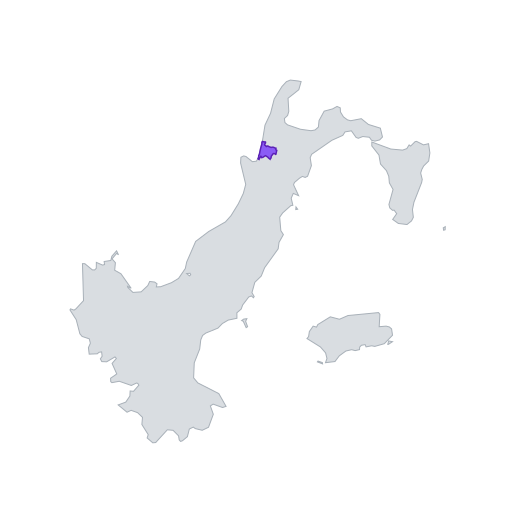 where Barletta-Andria Trani sits in Italy, rotated 257°
{"feature_id": "ITA-5405", "entity_name": "Barletta-Andria Trani", "entity_type": "Province", "adm_level": 1, "iso_a3": "ITA", "parent_name": "Italy", "parent_adm1": "", "projection": "mercator", "projection_center": [16.158, 41.179], "detail": "fine", "context": "in_parent", "style": "filled", "palette": "violet", "viewbox_px": 512, "rotation_deg": 257, "n_neighbors": 0, "source": "natural_earth", "source_scale": "10m", "svg_char_len": 4839}
<svg xmlns="http://www.w3.org/2000/svg" viewBox="0 0 512 512"><g transform="rotate(257 256 256)"><path d="M103.2,109.0L106.2,110.8L117.5,106.9L124.3,109.1L130.0,105.4L133.7,99.6L132.8,95.2L141.9,88.2L142.9,96.2L147.9,101.6L152.8,103.0L151.7,106.2L156.5,112.8L158.5,112.1L159.1,111.0L157.9,105.4L164.7,94.6L165.0,87.1L166.2,86.2L169.6,86.8L172.4,93.8L183.7,91.6L187.6,96.9L189.4,95.9L186.5,86.7L187.8,82.0L190.8,81.2L192.9,83.5L197.3,84.0L197.5,81.3L196.4,79.4L197.9,71.4L204.4,72.1L208.3,75.0L212.8,74.9L216.7,68.5L219.8,66.9L234.4,66.5L245.3,62.6L246.2,63.4L244.2,66.5L244.9,68.5L251.3,77.9L287.6,85.2L287.0,87.5L279.3,93.4L278.7,95.6L279.9,97.6L285.7,99.0L281.7,104.4L281.7,106.5L284.8,106.8L284.3,113.5L288.2,115.5L292.4,121.3L288.1,122.3L289.9,120.8L285.6,115.1L281.1,117.5L273.9,115.1L269.1,120.4L252.6,127.1L255.4,124.0L254.2,124.0L248.2,127.9L246.9,136.0L251.5,143.9L255.1,146.7L253.4,151.4L251.2,153.3L248.3,151.9L247.5,156.2L249.0,167.6L251.6,175.5L259.7,184.3L265.7,187.1L283.8,200.5L290.5,215.4L296.1,233.9L300.9,240.7L310.8,250.5L319.8,257.7L328.1,262.1L350.1,261.9L355.6,263.5L356.3,266.5L355.2,268.6L348.7,273.7L348.3,277.7L351.4,280.5L366.3,288.0L381.5,294.2L391.8,302.3L405.0,309.1L415.3,319.4L419.0,324.8L419.7,329.0L417.1,336.3L415.8,339.2L408.4,335.1L402.5,322.7L389.6,320.5L385.8,318.4L383.6,314.6L379.5,314.2L376.7,316.2L369.5,327.8L365.7,337.8L365.5,341.9L367.6,345.8L373.8,347.9L381.8,355.0L382.1,363.7L383.5,368.6L381.4,371.4L377.3,370.7L371.9,372.5L368.1,375.7L366.5,378.7L366.1,389.5L358.9,395.1L352.6,405.9L343.5,406.0L341.3,402.6L341.2,397.7L342.8,394.6L346.2,393.2L348.4,386.9L347.7,382.2L349.0,380.2L356.5,377.1L356.9,370.7L354.0,367.7L351.7,356.0L342.6,333.1L339.6,330.9L331.6,330.3L322.1,324.2L321.5,321.6L323.1,319.1L322.0,315.8L319.0,310.0L317.0,308.6L305.2,311.1L308.6,306.4L304.4,303.3L297.1,303.3L297.2,301.2L292.0,291.7L288.5,287.8L275.1,285.9L270.7,287.5L264.1,281.5L258.0,279.2L242.7,261.8L235.3,256.6L230.6,248.9L221.2,243.8L216.9,245.1L215.9,244.1L218.1,242.6L217.7,239.7L211.3,232.0L207.6,229.6L205.0,224.6L199.6,223.4L199.8,214.5L197.8,208.1L194.3,202.7L192.2,189.8L190.6,186.1L186.7,183.3L178.0,180.2L165.8,171.8L151.3,167.8L145.4,170.8L130.3,188.8L116.2,193.0L115.9,189.3L121.3,180.9L120.2,177.8L111.4,178.8L99.8,171.2L98.3,164.4L101.5,158.0L103.4,156.4L102.4,152.1L95.4,148.5L92.5,142.7L92.3,140.8L94.1,139.8L98.2,140.1L104.8,136.0L106.6,130.5L96.8,116.3L97.2,113.4L103.2,109.0ZM254.0,187.9L254.5,184.5L251.6,186.6L252.4,188.2L254.0,187.9ZM341.0,394.5L329.9,411.4L326.2,422.7L326.7,427.1L329.8,430.2L328.3,431.4L331.6,436.7L331.6,438.2L326.6,444.2L326.6,449.4L317.3,448.6L309.7,445.6L306.0,439.6L303.0,437.0L299.8,435.1L293.2,435.2L290.3,433.9L272.9,422.0L266.1,418.9L258.3,418.0L255.2,415.4L252.7,410.2L255.7,402.0L260.9,397.4L265.6,402.6L269.6,400.9L269.8,399.3L272.7,397.2L276.3,397.1L290.0,404.5L297.2,402.4L303.8,403.3L309.8,402.3L317.6,398.0L326.7,398.5L337.2,393.6L341.0,394.5ZM175.3,300.8L180.0,314.7L175.6,323.1L177.3,332.2L173.3,362.7L171.2,363.6L159.4,360.1L158.4,367.0L156.9,369.9L154.5,371.7L148.1,371.2L141.7,361.3L141.2,351.4L142.5,348.5L142.7,342.8L145.1,342.4L145.3,338.6L143.9,336.5L141.5,335.8L141.5,331.4L143.2,328.1L143.2,322.2L140.0,314.7L135.4,309.2L136.4,299.7L140.2,302.1L146.0,302.0L152.9,298.3L164.1,287.1L165.6,289.1L170.4,291.0L174.8,295.9L173.1,299.0L175.3,300.8ZM196.3,227.5L197.3,229.8L197.0,233.0L194.7,231.2L189.0,231.9L188.4,230.3L195.3,228.9L196.3,227.5ZM143.4,366.2L141.8,369.7L140.1,365.1L140.3,364.5L143.4,366.2ZM139.7,292.8L137.2,296.7L135.9,296.6L139.0,292.0L139.7,292.8ZM242.0,447.0L239.0,446.2L238.9,444.6L241.3,444.8L242.0,447.0ZM294.8,306.0L292.2,307.1L292.3,305.2L294.8,306.0Z" fill="#d9dde1" stroke="#a8b0b8" stroke-width="1"/><path d="M350.3,279.8L351.7,280.8L353.4,281.3L353.8,281.7L354.2,282.1L359.4,284.5L363.8,286.9L365.4,287.3L365.9,287.7L366.1,287.9L366.0,288.4L365.2,289.8L365.2,290.1L365.2,290.3L365.1,290.6L365.0,290.8L364.9,290.9L364.7,290.9L363.9,290.6L363.0,289.6L362.5,289.4L362.2,289.4L361.9,289.6L361.3,290.3L361.1,290.4L360.5,290.5L360.4,290.6L360.3,290.9L360.4,291.1L360.5,291.7L360.6,292.1L360.5,292.4L360.0,292.7L358.8,294.5L358.4,295.2L358.3,296.7L358.0,297.5L356.8,299.1L356.5,299.7L356.1,299.5L355.8,299.4L355.6,299.3L355.0,299.4L354.8,299.5L354.7,299.5L354.5,299.8L354.4,299.9L354.3,300.0L354.2,300.0L354.0,299.9L353.7,299.7L350.7,298.3L350.6,298.2L350.6,297.9L350.8,297.8L351.0,297.7L351.4,297.4L351.5,297.2L351.7,296.8L351.7,296.5L351.9,296.0L351.9,295.9L351.7,295.6L350.6,294.3L350.3,293.9L350.0,293.5L349.8,293.4L349.1,293.0L348.3,292.8L348.2,292.7L347.9,292.4L347.4,291.7L347.1,291.5L348.9,290.1L349.6,289.8L351.6,287.9L351.4,287.0L350.7,285.2L350.6,284.8L350.6,283.7L350.9,283.7L352.0,283.2L350.0,281.0L349.4,280.7L349.6,280.4L350.1,279.9L350.3,279.8Z" fill="#8b5cf6" stroke="#5b21b6" stroke-width="1.5"/></g></svg>